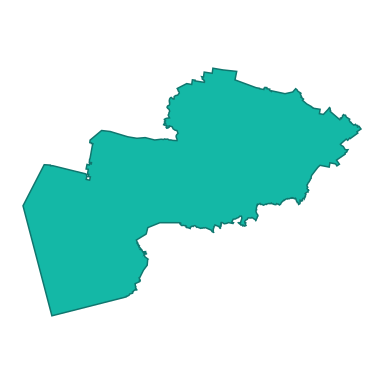 outline of Meander Valley, Tasmania, Australia
{"feature_id": "25037944B18161391001525", "entity_name": "Meander Valley", "entity_type": "district", "adm_level": 2, "iso_a3": "AUS", "parent_name": "Australia", "parent_adm1": "Tasmania", "projection": "orthographic", "projection_center": [146.595, -41.65], "detail": "fine", "context": "isolated", "style": "filled", "palette": "teal", "viewbox_px": 384, "rotation_deg": 0, "n_neighbors": 0, "source": "geoboundaries", "source_scale": "gbopen_adm2", "svg_char_len": 6031}
<svg xmlns="http://www.w3.org/2000/svg" viewBox="0 0 384 384"><path d="M255.2,221.1L256.0,220.5L256.1,219.8L257.2,217.6L257.2,217.0L258.0,215.9L257.6,214.6L256.7,213.6L255.9,211.1L256.0,210.5L256.7,209.8L256.5,209.4L256.2,209.3L256.9,205.4L257.3,205.5L257.5,204.2L258.6,204.4L260.0,203.4L260.8,204.5L261.9,204.3L263.4,205.2L265.9,204.1L266.6,204.4L266.9,203.9L269.2,203.4L270.0,203.8L271.3,203.0L272.1,203.9L273.0,203.7L273.5,204.2L274.4,204.5L275.9,204.7L276.6,203.6L278.2,204.3L278.6,204.2L279.4,205.0L280.5,204.3L281.3,202.7L283.1,200.8L283.6,200.8L284.1,199.9L284.4,200.2L286.4,198.8L287.6,199.0L287.9,198.5L289.1,198.8L291.1,197.8L291.3,198.2L292.3,197.8L292.4,198.2L293.6,198.0L293.9,198.5L294.8,198.8L295.3,198.2L295.7,198.5L296.5,201.1L297.4,202.1L297.3,202.5L298.0,202.6L298.6,204.3L299.0,203.9L299.6,204.0L300.1,203.1L300.1,200.2L300.8,200.4L300.9,200.9L301.3,201.1L302.0,200.1L302.5,200.5L302.9,198.5L304.0,198.3L304.2,198.6L304.3,197.8L305.0,197.6L304.9,196.5L305.4,196.3L305.3,195.8L305.9,194.5L305.2,193.6L307.5,191.8L308.0,191.9L307.9,191.3L308.7,190.3L308.4,189.7L307.6,189.6L307.0,188.3L307.8,187.3L306.9,185.8L307.1,184.7L307.4,184.6L308.4,182.4L309.2,181.8L309.3,181.3L310.1,180.1L310.2,179.2L311.1,178.5L311.2,176.6L311.7,175.3L317.8,167.4L320.0,165.3L329.2,167.1L329.9,162.8L335.6,163.9L336.9,165.9L339.4,164.2L336.5,160.1L345.2,154.1L345.0,153.0L346.8,151.9L347.1,151.2L346.4,152.1L347.9,149.7L346.2,149.8L345.1,149.5L343.3,146.5L341.3,145.3L340.4,144.2L346.2,139.1L347.7,140.3L349.6,138.1L350.2,138.6L357.8,133.1L356.9,131.8L361.0,129.0L359.1,126.4L357.8,126.9L358.0,126.1L357.6,125.4L356.4,125.6L355.5,124.3L353.9,125.2L350.5,122.4L350.8,122.2L350.0,121.7L349.3,120.5L349.2,120.1L349.7,119.2L346.5,117.2L345.8,116.2L345.7,115.4L345.2,115.1L344.3,115.2L343.5,114.6L342.5,115.8L342.6,116.8L341.9,117.5L340.8,117.9L341.9,118.9L340.5,118.3L339.8,119.7L330.2,111.4L330.6,110.7L330.1,109.9L330.3,109.0L329.6,107.7L329.9,107.0L327.9,109.6L323.4,114.4L319.4,113.7L320.1,109.3L313.2,108.2L313.2,107.9L311.4,106.9L311.5,106.6L306.8,104.0L302.5,100.3L303.5,99.1L301.1,97.2L301.6,96.9L300.2,93.7L300.9,93.4L300.8,93.1L297.9,91.3L297.2,90.0L295.7,88.7L292.7,92.0L285.0,93.7L271.5,90.8L271.4,91.4L269.6,90.3L269.8,89.2L267.0,88.7L266.9,87.6L264.9,87.4L264.5,88.3L264.0,88.3L263.8,89.5L259.5,88.7L259.5,88.3L256.1,87.7L235.0,79.9L236.7,71.4L222.8,69.9L212.9,68.2L212.2,73.3L204.2,72.1L203.5,77.0L201.7,76.7L202.1,77.4L202.3,79.1L203.0,79.5L203.3,79.3L203.5,79.9L204.3,80.4L204.1,80.8L204.6,81.9L204.3,82.4L195.0,80.9L195.1,80.2L192.4,79.8L191.7,84.5L186.7,83.6L177.2,88.5L178.0,89.9L178.2,90.9L179.0,91.8L179.3,93.0L177.6,95.2L175.8,95.5L174.2,96.5L174.0,99.0L173.0,99.0L171.2,97.4L170.5,97.7L169.6,99.0L169.2,101.1L169.6,101.9L169.4,102.5L169.6,103.3L169.6,102.4L169.7,102.8L169.6,104.6L169.3,105.1L167.6,106.0L167.0,107.2L167.6,108.2L169.1,109.4L169.7,111.2L168.9,112.9L168.9,113.9L168.4,114.5L168.2,115.2L169.5,117.8L166.1,118.4L164.4,119.3L164.3,119.7L165.5,120.9L164.4,122.0L165.5,123.2L163.8,124.1L163.6,124.7L164.7,125.2L166.4,125.2L167.0,125.9L166.6,127.2L166.1,127.2L166.7,128.2L167.9,128.0L169.2,127.1L168.9,126.1L169.2,125.8L172.2,126.8L173.1,128.8L175.1,130.2L177.0,130.6L178.0,133.4L176.6,134.8L176.1,136.0L176.2,137.1L177.1,139.5L177.0,140.6L172.8,140.4L170.7,139.9L170.3,140.1L168.8,139.8L167.8,139.1L165.4,139.3L164.8,138.9L163.4,139.5L161.3,139.2L154.7,140.0L145.2,137.6L136.9,138.3L127.8,136.8L110.2,131.5L101.6,130.5L90.1,140.1L89.8,142.6L91.5,142.9L91.4,143.6L92.9,143.8L92.3,145.8L90.0,158.7L89.6,159.2L89.3,162.3L91.5,162.6L91.3,164.0L89.5,163.7L89.3,164.9L87.0,164.4L86.1,169.0L88.3,169.3L87.5,174.2L88.7,174.4L88.3,176.6L90.4,176.9L89.6,180.2L86.2,179.4L86.9,176.0L85.8,173.9L52.7,165.7L50.5,165.8L50.5,165.1L44.2,164.7L23.0,205.8L51.9,315.8L126.2,296.9L126.4,296.3L126.8,296.4L128.8,295.4L129.4,294.8L129.6,294.1L132.6,293.2L132.8,292.6L132.5,291.9L133.2,291.6L133.5,291.0L135.5,289.4L136.0,290.1L136.8,289.8L135.5,287.7L135.9,286.8L135.5,286.3L135.1,283.7L139.8,281.5L139.4,280.9L139.7,280.6L139.7,280.0L140.1,280.1L140.0,279.6L139.5,279.3L139.2,277.9L139.6,277.9L143.5,270.1L147.2,265.2L147.7,259.3L148.0,259.1L144.8,256.7L144.8,256.3L144.2,254.8L144.4,254.8L144.5,254.2L144.7,254.4L144.5,254.7L144.9,254.5L145.3,254.8L144.9,254.4L144.9,254.0L145.1,253.9L144.9,253.7L145.5,253.6L145.2,254.0L145.8,254.0L145.5,253.4L145.9,253.4L145.2,252.7L145.6,252.5L145.6,251.6L144.2,251.7L144.6,252.3L144.1,252.2L144.0,252.5L144.6,252.7L144.3,252.9L144.5,253.5L143.9,253.5L143.5,252.9L143.8,252.5L143.4,252.5L142.3,251.2L142.1,250.2L140.5,249.6L141.2,249.2L139.0,246.5L139.2,245.9L138.9,245.7L138.8,246.2L138.5,245.3L138.0,245.0L138.0,244.5L138.1,244.8L138.6,244.9L137.7,243.8L137.5,243.2L137.8,243.0L137.2,242.4L137.1,242.5L137.1,241.9L136.4,240.0L146.2,234.0L147.8,227.6L159.9,222.7L179.8,222.7L180.7,223.2L180.0,223.9L181.2,225.2L181.9,225.6L183.2,225.3L185.2,225.8L185.5,225.6L186.3,226.2L186.0,226.9L186.1,227.2L187.0,227.7L187.5,227.5L190.2,228.5L190.4,227.2L191.4,226.7L191.4,226.4L192.3,226.1L193.2,226.5L193.7,225.9L194.6,225.6L195.5,225.9L196.7,227.3L197.3,227.1L200.8,228.4L201.3,228.1L202.8,228.1L203.4,227.7L204.2,228.0L205.4,227.6L211.1,230.1L212.1,231.6L213.4,232.3L213.7,232.9L213.7,232.3L213.1,231.5L213.4,229.9L213.2,229.1L214.0,227.5L213.9,226.6L215.1,225.5L215.1,225.0L219.0,226.6L219.7,227.9L220.6,228.7L220.1,227.3L220.9,226.6L221.0,225.7L220.6,225.4L221.3,224.8L221.0,224.1L221.3,223.4L220.9,223.1L221.2,222.5L222.4,222.6L224.2,223.8L226.6,223.4L228.5,222.6L233.0,223.5L233.5,222.7L232.4,222.4L231.9,221.8L233.2,219.2L235.6,218.9L236.6,218.2L238.6,217.5L239.7,216.2L241.4,216.2L241.9,218.2L240.5,222.6L239.2,223.0L238.9,222.6L238.4,222.8L239.7,224.0L240.6,224.2L240.8,225.0L242.7,225.1L242.6,225.6L242.9,226.0L243.6,225.5L244.6,226.1L246.0,225.5L245.5,224.7L245.7,222.8L244.9,222.9L244.7,221.5L245.8,220.1L247.4,219.3L247.6,218.4L248.3,217.9L251.3,218.0L251.8,217.5L252.2,217.6L254.3,219.1L255.5,219.5L255.8,220.5L255.2,221.1Z" fill="#14b8a6" stroke="#0f766e" stroke-width="1.5"/></svg>